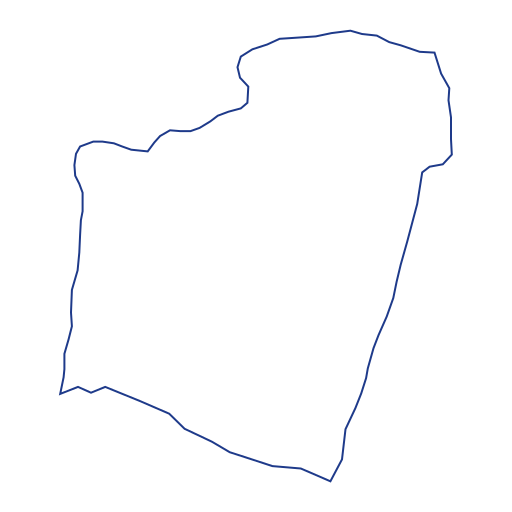 the district of Agia Eirini Keryneias, Cyprus
{"feature_id": "46923920B99001486535743", "entity_name": "Agia Eirini Keryneias", "entity_type": "district", "adm_level": 2, "iso_a3": "CYP", "parent_name": "Cyprus", "parent_adm1": "", "projection": "robinson", "projection_center": [32.969, 35.29], "detail": "fine", "context": "isolated", "style": "outline", "palette": "blue", "viewbox_px": 512, "rotation_deg": 0, "n_neighbors": 0, "source": "geoboundaries", "source_scale": "gbopen_adm2", "svg_char_len": 1165}
<svg xmlns="http://www.w3.org/2000/svg" viewBox="0 0 512 512"><path d="M330.4,481.3L342.0,459.4L345.5,429.2L355.4,408.1L361.2,393.5L366.1,378.1L367.8,368.4L373.5,348.2L378.5,335.2L386.7,316.6L393.3,298.0L396.6,281.8L400.7,264.7L407.3,241.3L417.2,204.0L422.2,172.4L429.6,166.7L442.8,164.3L451.8,154.6L451.0,139.2L451.0,117.4L448.5,100.3L449.3,88.2L441.1,73.6L434.5,52.6L419.7,51.8L400.7,45.3L389.2,42.1L376.8,35.6L362.0,34.0L350.4,30.7L331.5,33.1L315.8,36.4L291.9,38.0L279.6,38.8L267.2,44.5L252.4,49.3L240.8,56.6L237.5,67.2L240.0,77.7L248.3,86.6L247.4,102.8L240.8,108.4L228.5,111.7L217.8,115.7L210.3,121.4L199.6,127.9L190.6,131.1L179.9,131.1L170.0,130.3L160.1,136.0L154.3,142.5L147.7,151.4L131.2,149.7L122.2,146.5L113.9,143.3L102.4,141.6L93.3,141.6L80.1,146.5L76.0,153.8L74.4,165.1L75.2,175.7L79.3,183.8L82.6,192.7L82.6,203.2L82.6,211.3L80.9,220.2L80.1,234.8L79.3,252.6L77.6,270.4L71.9,289.9L71.0,312.5L71.9,326.3L68.6,339.3L64.4,353.8L64.4,369.2L63.6,377.3L60.2,393.9L78.0,386.9L91.0,392.7L105.2,386.9L139.6,400.9L169.2,413.7L184.6,428.8L211.9,441.7L229.7,452.2L251.0,459.1L272.4,466.1L300.8,468.5L330.4,481.3Z" fill="none" stroke="#1e3a8a" stroke-width="2"/></svg>